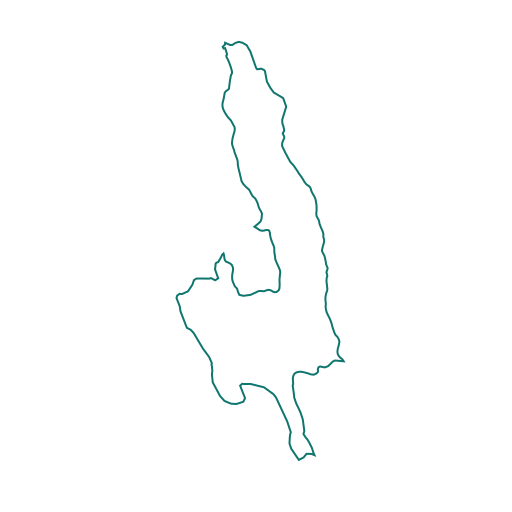 Mazatenango, Suchitepéquez, Guatemala (orthographic projection), rotated 153°
{"feature_id": "79465075B41985315945162", "entity_name": "Mazatenango", "entity_type": "district", "adm_level": 2, "iso_a3": "GTM", "parent_name": "Guatemala", "parent_adm1": "Suchitepéquez", "projection": "orthographic", "projection_center": [-91.525, 14.505], "detail": "fine", "context": "isolated", "style": "outline", "palette": "teal", "viewbox_px": 512, "rotation_deg": 153, "n_neighbors": 0, "source": "geoboundaries", "source_scale": "gbopen_adm2", "svg_char_len": 5132}
<svg xmlns="http://www.w3.org/2000/svg" viewBox="0 0 512 512"><g transform="rotate(153 256 256)"><path d="M186.7,460.0L187.6,458.5L189.1,458.0L190.7,457.5L190.7,455.6L189.2,455.3L189.5,452.6L189.8,451.1L190.0,449.8L190.5,448.5L191.5,448.0L192.0,446.7L191.9,445.5L191.9,442.8L192.1,440.6L192.4,438.2L192.8,435.2L193.6,431.4L194.3,429.9L195.6,428.9L197.0,427.6L197.9,426.2L199.0,424.9L200.7,422.5L204.1,417.4L205.7,416.8L207.8,416.6L209.7,415.7L213.1,411.2L215.0,409.0L216.1,407.8L217.3,405.9L217.8,404.9L218.1,403.8L218.4,402.7L218.6,401.1L218.6,399.1L218.6,397.8L218.4,395.3L218.2,393.7L217.9,392.0L217.5,390.7L216.8,388.1L216.6,380.6L217.3,378.6L218.3,377.2L219.4,375.9L220.9,374.4L223.7,371.2L224.9,369.4L225.9,367.9L226.4,366.9L226.7,365.8L227.1,363.7L227.4,361.1L227.6,359.9L228.0,358.2L228.2,356.8L228.3,355.4L228.6,353.0L228.8,351.3L229.0,350.0L229.6,348.0L230.3,346.6L231.1,344.5L231.9,341.7L232.6,338.6L233.3,335.7L234.9,329.2L234.8,327.5L234.7,326.2L234.4,325.0L233.7,322.5L232.0,318.1L232.0,316.3L232.0,314.4L231.9,311.2L231.5,309.9L230.7,307.9L230.5,306.7L230.5,305.3L230.5,303.4L230.7,301.9L231.3,298.6L231.5,296.5L231.3,293.9L231.4,291.0L232.1,290.0L233.4,287.9L234.5,286.3L236.3,284.7L239.8,283.7L244.1,282.8L242.0,279.3L240.9,277.2L238.9,275.6L237.3,275.0L235.7,274.7L234.4,274.2L233.4,273.6L232.8,272.6L233.1,270.3L233.9,268.5L234.7,265.5L235.1,263.3L235.6,258.9L235.6,257.5L236.0,255.2L236.7,253.6L237.8,251.4L238.2,250.3L238.9,248.1L239.2,247.0L240.3,244.5L240.6,241.0L240.9,235.2L241.1,232.6L241.8,230.5L244.6,226.2L246.0,223.9L248.1,219.4L249.9,216.4L251.3,215.2L253.0,214.8L254.3,214.6L255.5,215.1L256.9,216.2L257.6,217.5L258.3,218.5L259.1,219.4L260.9,220.5L262.8,220.7L264.6,220.9L265.8,221.5L267.4,222.6L269.9,223.6L272.3,223.6L274.7,223.7L277.9,223.8L279.3,224.1L285.4,226.3L288.5,229.0L288.3,232.6L287.9,234.3L287.7,235.5L288.2,237.3L288.6,238.8L288.4,242.7L288.2,244.1L288.0,245.4L287.3,247.1L286.3,249.1L285.2,250.8L284.0,252.2L283.2,253.5L282.5,254.4L281.8,256.1L281.6,258.7L282.1,260.4L283.3,262.3L284.3,263.5L285.1,264.3L285.6,266.1L285.3,268.1L284.6,269.8L284.0,271.7L283.8,273.0L285.3,272.6L286.9,271.4L289.0,269.9L292.5,267.7L294.1,268.0L295.3,267.7L298.6,262.6L299.8,253.3L303.4,252.9L306.1,256.7L307.7,257.0L319.2,262.9L322.2,262.7L325.7,259.3L332.6,255.4L339.3,255.7L341.2,257.0L344.2,256.5L345.9,254.7L346.8,245.6L348.4,241.0L350.2,223.4L347.7,219.9L346.5,215.8L345.3,197.5L343.6,187.3L344.0,180.5L345.0,179.3L345.5,177.3L347.1,173.4L349.1,170.4L351.9,163.0L351.6,147.7L349.9,141.2L347.6,138.4L345.2,135.7L340.6,133.0L333.5,131.9L330.3,134.3L329.0,147.7L326.3,148.4L324.7,147.3L319.0,144.5L308.5,135.4L303.2,125.0L302.4,120.8L303.3,94.5L305.0,83.2L306.6,81.5L308.2,79.1L311.3,73.7L312.1,68.3L310.4,54.9L305.0,54.9L300.8,56.8L296.5,54.5L294.3,52.0L294.1,55.1L293.5,58.4L293.3,60.3L293.3,61.9L293.3,63.7L293.3,65.8L293.4,68.0L293.5,69.1L293.9,70.8L294.2,72.3L294.4,74.2L294.5,75.9L292.4,78.1L288.5,89.2L287.4,96.2L287.2,101.1L287.1,106.4L286.2,112.6L285.2,114.9L282.1,124.0L281.2,124.8L280.5,126.1L279.6,128.3L278.9,130.0L278.0,131.3L276.5,132.8L275.0,133.7L272.7,133.9L271.1,133.6L268.3,132.4L265.8,130.4L262.7,127.6L261.1,125.8L258.4,124.0L255.4,123.9L254.0,124.3L252.9,125.2L252.4,127.0L250.9,128.4L249.1,128.5L245.3,125.5L241.7,125.1L235.4,127.1L233.0,127.0L225.7,122.4L226.0,124.8L227.0,127.0L227.4,128.3L227.7,130.1L227.6,131.7L227.2,133.0L226.7,134.1L225.9,135.3L225.0,136.5L222.8,138.9L220.9,141.3L220.4,142.3L220.1,144.3L220.1,145.5L220.2,147.1L221.0,149.5L221.0,151.2L220.9,152.5L220.7,153.9L220.4,155.7L220.3,157.0L219.9,158.9L219.4,161.1L219.0,163.5L218.7,167.5L218.7,169.9L218.7,171.6L218.6,173.8L217.9,176.6L217.3,178.5L216.3,180.5L215.6,181.4L215.0,182.9L214.6,184.0L213.7,186.2L212.9,187.6L211.7,189.3L210.7,190.5L209.6,191.7L208.7,192.4L207.4,194.2L206.4,196.8L205.9,198.1L204.9,201.0L204.1,202.5L202.9,204.5L201.6,205.7L201.0,207.5L200.6,209.6L199.3,210.9L198.0,212.1L197.6,213.2L197.5,215.1L197.3,216.7L196.7,218.5L196.0,220.8L195.6,222.2L195.2,223.8L195.0,225.2L195.0,229.3L194.9,230.7L193.5,232.6L188.9,237.7L187.9,239.6L187.5,241.7L186.9,243.5L186.0,244.9L185.5,247.0L185.2,251.7L185.0,254.2L184.7,256.2L184.2,257.7L183.8,259.5L183.9,261.9L183.9,263.4L183.7,264.8L182.9,266.7L181.8,268.3L181.1,269.6L180.1,271.5L179.2,273.4L178.6,275.1L177.8,277.5L177.2,279.6L177.0,282.2L177.2,285.8L177.2,287.7L177.0,289.7L176.6,291.5L176.7,293.1L177.1,294.2L178.2,296.1L178.7,297.5L179.2,300.2L179.3,302.5L179.5,304.4L179.6,305.7L179.8,307.0L180.1,308.8L180.3,310.0L180.5,312.6L181.4,319.7L182.0,321.6L182.7,324.3L182.9,329.6L182.9,331.8L183.0,333.8L182.9,337.3L182.9,338.9L182.9,340.1L182.8,341.7L182.5,342.9L181.7,344.2L180.9,345.3L178.9,347.0L177.4,348.1L176.7,349.5L176.6,351.0L176.6,352.9L175.7,353.8L174.6,354.3L173.7,355.4L173.3,356.8L173.0,358.0L172.6,360.1L172.4,361.9L170.9,365.4L161.3,375.3L160.1,384.3L164.4,391.2L166.0,393.7L166.9,399.6L167.1,406.4L164.1,416.7L164.5,418.3L166.4,420.6L168.8,421.3L170.3,422.0L170.5,423.8L168.2,440.7L168.6,448.0L171.2,452.1L174.1,454.6L177.5,455.2L181.2,454.8L183.4,455.9L186.7,460.0Z" fill="none" stroke="#0f766e" stroke-width="2"/></g></svg>